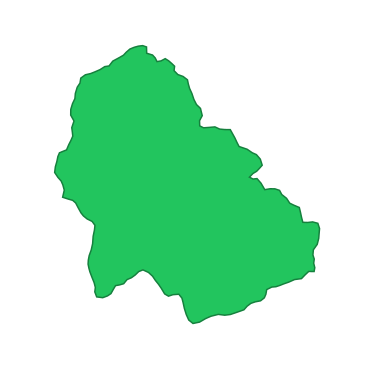 São Geraldo do Baixio, Minas Gerais, Brazil, rotated 286°
{"feature_id": "56859067B90652134730320", "entity_name": "São Geraldo do Baixio", "entity_type": "district", "adm_level": 2, "iso_a3": "BRA", "parent_name": "Brazil", "parent_adm1": "Minas Gerais", "projection": "mercator", "projection_center": [-41.367, -18.928], "detail": "fine", "context": "isolated", "style": "filled", "palette": "green", "viewbox_px": 384, "rotation_deg": 286, "n_neighbors": 0, "source": "geoboundaries", "source_scale": "gbopen_adm2", "svg_char_len": 2304}
<svg xmlns="http://www.w3.org/2000/svg" viewBox="0 0 384 384"><g transform="rotate(286 192 192)"><path d="M193.2,53.8L189.1,53.3L184.1,53.7L178.6,53.7L172.9,54.6L169.1,59.1L166.5,63.2L163.2,65.9L158.6,68.7L151.3,69.1L151.1,74.9L151.1,79.6L149.4,83.2L145.0,87.4L141.3,91.1L139.1,94.2L137.2,98.6L136.2,104.1L133.2,107.9L128.6,108.7L122.1,109.2L115.0,110.7L108.5,111.1L102.6,110.7L98.0,111.1L94.0,112.0L90.5,113.8L87.2,115.8L82.9,119.0L77.9,122.9L73.6,125.4L69.2,126.1L64.9,129.3L65.8,135.3L68.8,139.4L72.0,142.1L76.7,143.2L80.9,144.3L82.8,148.1L85.0,151.6L89.9,153.7L92.9,157.4L96.6,160.3L100.8,162.7L103.6,166.3L102.7,172.3L100.2,177.3L96.9,181.2L94.1,185.2L90.9,189.1L86.5,193.8L85.4,198.1L88.0,201.9L90.1,207.5L87.2,211.6L83.3,213.9L77.9,216.8L72.6,220.3L68.0,224.2L65.9,229.2L69.0,235.1L74.0,239.9L77.7,244.3L81.6,251.0L82.6,257.4L84.8,262.6L88.4,267.8L90.8,271.2L93.1,274.4L97.5,276.5L101.2,279.3L103.8,283.0L106.3,287.9L110.2,290.7L114.1,291.2L118.8,290.7L122.6,294.9L124.1,298.8L126.5,302.3L128.9,305.4L132.0,309.8L136.1,314.7L138.9,321.1L143.6,323.6L147.8,326.1L149.2,331.3L153.1,330.9L157.1,328.6L161.2,328.0L164.8,325.6L169.9,324.6L176.2,326.8L182.4,326.6L187.3,325.6L192.0,324.7L196.6,321.6L196.5,316.2L194.6,311.6L193.4,306.9L197.8,304.3L202.5,301.8L206.7,299.4L207.4,293.5L208.2,289.0L212.0,284.6L214.3,279.0L217.7,275.7L217.9,270.9L216.7,266.3L214.3,261.3L219.5,255.9L222.8,250.8L221.3,247.1L222.1,243.1L226.6,245.5L229.7,248.4L233.5,250.4L237.1,252.1L242.4,248.6L245.7,243.6L246.3,239.2L248.3,233.2L248.7,224.7L252.0,221.6L255.8,218.3L259.1,215.0L262.5,211.6L261.1,206.5L260.1,201.3L260.9,196.1L258.8,190.6L256.9,185.4L257.7,181.2L262.6,179.6L268.2,180.8L274.7,177.1L277.3,172.2L281.5,168.3L286.6,164.8L290.8,161.2L294.8,158.7L298.6,156.7L300.6,151.6L301.0,146.0L303.7,141.3L308.1,140.6L309.9,137.2L311.6,133.6L312.8,129.5L309.5,126.1L307.7,122.4L310.7,119.7L312.8,116.3L312.9,110.2L318.9,108.3L319.1,104.2L317.4,100.2L315.2,96.6L312.3,92.9L308.3,90.3L304.6,88.4L300.4,84.3L296.0,79.8L290.3,77.5L288.5,73.6L284.3,69.9L280.6,65.4L277.9,61.9L275.3,57.2L270.8,53.7L265.8,54.3L261.1,52.8L254.6,52.7L249.5,53.7L244.1,52.8L238.0,52.7L232.5,54.2L227.7,59.0L220.7,58.7L216.3,60.6L212.8,62.0L208.2,61.4L203.6,60.5L197.9,59.8L193.2,53.8Z" fill="#22c55e" stroke="#15803d" stroke-width="1.5"/></g></svg>